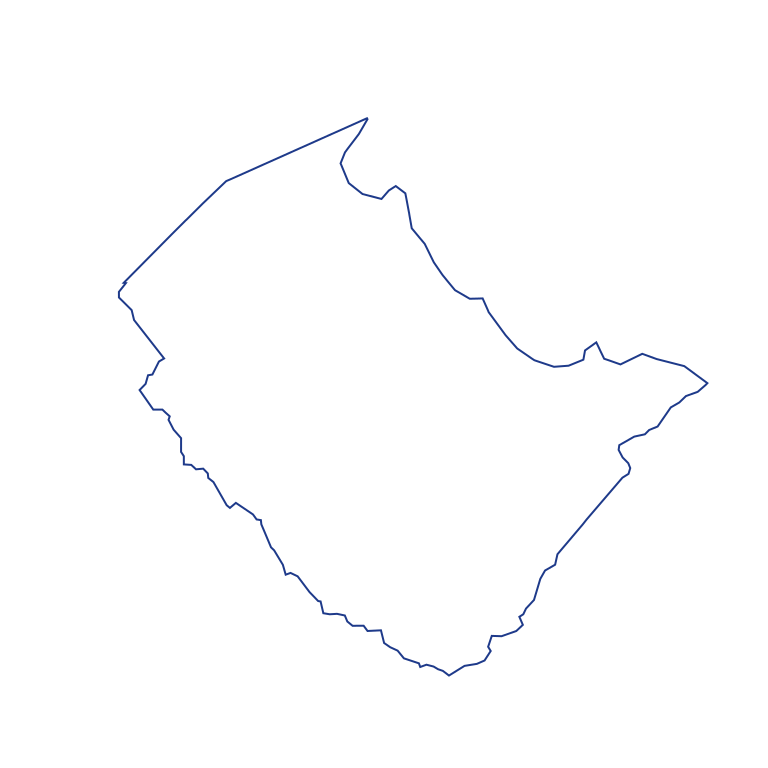 Lajas, Puerto Rico (Albers equal-area conic projection), rotated 221°
{"feature_id": "32010507B28103012902602", "entity_name": "Lajas", "entity_type": "district", "adm_level": 2, "iso_a3": "PRI", "parent_name": "Puerto Rico", "parent_adm1": "", "projection": "albers", "projection_center": [-67.049, 18.006], "detail": "fine", "context": "isolated", "style": "outline", "palette": "blue", "viewbox_px": 768, "rotation_deg": 221, "n_neighbors": 0, "source": "geoboundaries", "source_scale": "gbopen_adm2", "svg_char_len": 2146}
<svg xmlns="http://www.w3.org/2000/svg" viewBox="0 0 768 768"><g transform="rotate(221 384 384)"><path d="M140.5,596.8L169.1,594.5L194.6,581.7L208.9,576.2L218.4,553.9L228.8,549.8L234.4,547.5L242.6,551.0L244.8,552.0L251.1,554.7L254.3,541.2L252.2,537.7L249.5,533.2L249.6,532.9L256.7,518.9L267.0,508.5L282.9,501.9L286.1,500.6L289.0,500.2L306.8,498.2L322.9,500.4L324.3,500.6L352.2,506.9L353.7,507.7L365.7,513.3L369.7,509.6L375.2,504.6L391.9,501.4L393.9,501.7L404.1,503.4L411.0,504.6L413.1,505.1L426.2,508.5L431.7,510.8L445.0,516.4L445.3,516.5L452.3,517.6L462.0,519.2L465.2,519.7L475.7,528.2L477.7,529.9L477.9,530.0L488.5,538.4L493.0,541.9L505.0,541.1L506.0,537.7L507.3,533.2L507.3,522.0L524.8,513.3L542.4,512.5L560.0,521.3L561.5,522.0L565.4,533.2L565.8,538.0L566.6,550.5L567.0,556.3L570.2,573.0L571.2,573.4L634.4,437.3L636.2,433.6L639.2,401.2L640.9,378.0L641.0,377.6L642.4,357.8L646.8,289.6L645.0,290.8L644.5,279.6L640.8,275.4L622.9,274.2L614.6,268.3L566.7,259.0L568.6,253.3L565.0,239.2L567.8,235.8L564.0,227.7L564.5,219.1L541.3,213.3L534.4,219.3L530.2,219.1L524.5,219.0L523.1,215.6L512.8,211.5L501.6,210.0L492.6,199.6L487.7,198.2L482.3,192.0L476.4,196.5L469.9,196.3L464.9,201.5L458.3,200.9L455.0,197.8L448.4,198.1L423.2,189.3L419.0,189.4L417.8,197.1L397.3,199.6L391.3,198.2L387.6,200.5L384.5,197.6L376.9,193.9L362.1,186.6L357.8,186.4L341.7,181.2L333.1,175.6L330.6,180.1L323.0,182.2L303.7,178.1L291.3,177.0L289.2,178.3L279.4,171.2L273.9,174.6L268.7,179.7L261.7,183.6L255.9,180.7L249.1,180.9L240.8,188.2L234.4,186.8L224.7,196.1L214.0,188.6L206.7,189.4L198.8,191.7L189.0,190.0L174.4,196.1L171.0,194.2L167.8,200.0L161.2,203.3L156.1,204.2L151.4,206.1L143.7,206.6L138.3,224.1L130.3,233.7L126.7,241.3L128.3,252.5L133.0,254.0L137.4,264.6L129.8,270.8L122.1,284.4L121.2,293.3L129.1,297.1L127.8,301.6L129.5,307.7L129.1,319.4L138.2,339.5L140.1,348.9L136.3,359.9L141.4,369.3L141.9,408.5L142.2,414.7L142.6,469.7L140.5,476.6L143.0,482.1L147.7,484.5L155.7,485.1L163.7,488.2L166.3,492.2L160.6,508.5L154.1,517.2L153.7,523.3L149.6,531.4L152.2,554.5L149.0,563.8L148.2,573.0L142.1,583.9L140.6,594.5L140.5,596.8Z" fill="none" stroke="#1e3a8a" stroke-width="2"/></g></svg>